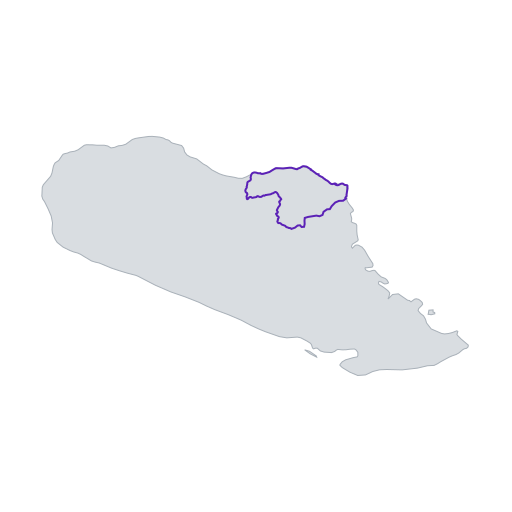 location of Melaky within Madagascar, rotated 94°
{"feature_id": "MDG-5876", "entity_name": "Melaky", "entity_type": "Autonomous Province", "adm_level": 1, "iso_a3": "MDG", "parent_name": "Madagascar", "parent_adm1": "", "projection": "orthographic", "projection_center": [44.925, -17.742], "detail": "fine", "context": "in_parent", "style": "outline", "palette": "violet", "viewbox_px": 512, "rotation_deg": 94, "n_neighbors": 0, "source": "natural_earth", "source_scale": "10m", "svg_char_len": 7247}
<svg xmlns="http://www.w3.org/2000/svg" viewBox="0 0 512 512"><g transform="rotate(94 256 256)"><path d="M340.4,49.7L341.8,53.1L343.5,56.4L348.6,64.4L350.8,67.4L352.7,70.7L353.5,77.2L356.6,87.2L359.4,102.3L360.1,117.7L360.9,124.8L363.1,131.5L367.0,138.5L368.1,146.2L365.4,154.1L361.7,161.4L360.8,162.8L359.1,164.7L358.3,164.6L355.5,162.6L353.3,159.3L350.6,151.9L349.6,148.1L348.4,147.4L344.9,147.7L342.4,150.0L341.9,151.4L342.4,155.6L343.2,159.4L343.6,163.2L343.5,168.0L344.4,169.5L345.7,170.8L347.1,173.9L347.1,181.4L346.2,185.2L343.7,188.4L343.8,190.2L344.6,192.1L343.8,193.2L340.5,194.5L339.2,195.7L337.4,199.0L334.5,205.6L334.0,209.1L335.5,219.6L334.8,227.0L330.9,241.2L328.7,247.9L325.7,255.9L321.0,266.4L316.4,279.7L312.4,293.3L309.5,301.5L306.2,309.6L301.7,323.9L297.8,338.4L292.2,354.3L284.5,372.1L283.7,374.4L282.0,383.5L280.2,391.4L278.2,399.2L273.9,412.0L273.3,416.0L272.4,419.8L268.3,427.9L266.7,430.8L265.5,434.0L264.7,438.1L263.5,442.0L260.6,449.1L256.3,455.3L253.4,457.5L247.2,460.7L244.0,461.3L237.1,461.3L230.4,463.1L223.4,466.7L216.6,470.7L214.1,472.7L211.2,473.8L202.3,474.0L199.7,473.1L190.8,466.4L187.4,465.3L180.8,464.4L178.9,463.8L177.1,462.9L174.4,459.4L169.2,456.4L167.9,455.5L167.1,453.5L166.5,451.3L165.2,448.8L164.1,444.1L162.4,440.8L157.5,435.0L156.9,433.1L156.5,427.0L156.6,422.8L156.1,415.1L156.6,411.5L158.3,408.2L157.5,404.7L155.7,401.0L155.0,397.2L153.6,393.7L148.4,387.5L147.1,384.4L146.3,381.2L144.2,371.2L143.9,367.7L144.1,360.4L144.8,356.6L146.1,353.9L146.3,352.0L147.1,350.3L148.4,348.9L149.2,347.3L151.0,337.9L153.5,335.7L157.1,334.5L160.0,332.0L161.7,328.7L163.3,321.9L167.9,315.0L169.5,311.4L173.2,306.0L176.5,298.4L177.5,294.8L178.2,291.1L179.0,283.1L179.7,279.1L179.5,275.1L177.6,271.0L173.0,263.6L172.9,262.3L173.2,256.7L172.8,252.8L171.1,248.8L168.9,245.1L166.8,238.1L165.7,226.5L165.9,222.4L165.3,218.6L163.7,215.1L164.8,208.9L178.4,186.5L178.9,183.8L178.3,177.0L178.6,173.0L179.1,171.6L180.1,170.7L182.5,170.3L193.6,169.3L195.1,168.6L197.8,166.7L201.7,163.1L203.4,162.0L204.9,162.4L205.9,164.0L207.1,164.8L211.7,163.2L213.4,163.1L215.2,163.4L216.0,161.9L216.5,159.9L217.1,158.4L218.4,157.6L224.2,157.2L227.9,156.6L232.7,155.2L233.7,155.5L237.5,160.7L238.7,161.1L240.2,161.4L241.5,160.4L238.4,157.7L238.0,156.2L238.1,154.5L239.8,150.8L242.7,148.0L249.0,143.8L255.5,138.9L257.4,138.6L259.0,139.4L260.1,145.2L260.0,146.2L261.0,146.3L262.2,145.6L263.3,143.3L263.4,141.3L262.6,139.5L262.1,137.9L262.1,136.4L265.5,133.0L268.1,129.7L269.3,125.8L270.4,124.0L273.1,122.0L274.0,122.4L274.6,124.0L274.9,125.8L274.2,127.5L273.2,129.2L272.7,131.5L274.3,132.0L275.7,131.5L277.9,127.3L280.4,123.4L281.9,121.4L283.7,120.0L286.7,120.4L289.7,121.3L284.9,117.1L283.8,111.4L289.6,101.6L289.7,99.6L290.5,99.0L290.9,98.2L288.0,94.8L287.5,93.2L287.9,90.7L289.4,88.5L290.7,87.0L292.5,86.4L293.9,87.3L297.1,90.1L299.2,90.5L301.9,87.9L304.0,84.7L307.3,82.5L310.9,81.2L316.5,76.2L320.3,65.5L320.6,62.4L319.9,58.6L318.7,54.9L316.6,50.4L317.2,49.4L320.2,50.1L321.2,49.4L324.6,45.5L330.1,38.0L331.9,38.1L333.4,39.5L334.0,41.6L335.0,43.2L338.6,46.9L340.4,49.7ZM302.1,79.0L302.2,80.2L298.0,79.7L297.4,75.6L299.5,75.5L299.9,73.8L301.2,73.6L302.4,77.3L302.1,79.0ZM349.8,195.1L346.2,200.9L347.3,196.0L351.5,188.9L352.7,188.4L349.8,195.1Z" fill="#d9dde1" stroke="#a8b0b8" stroke-width="1"/><path d="M174.1,265.9L173.4,265.1L172.9,264.1L172.7,263.0L172.9,261.1L173.3,260.1L173.3,258.1L173.1,257.7L173.1,257.4L173.4,257.1L173.5,257.0L173.7,256.1L173.7,255.8L173.6,254.8L172.8,252.5L171.3,248.5L169.1,245.5L167.1,242.6L166.9,241.6L166.8,235.1L165.6,228.8L165.5,226.7L166.4,222.7L166.6,221.2L166.4,220.7L165.7,220.0L165.2,218.6L163.3,215.8L163.1,215.0L163.1,214.0L163.3,212.0L163.7,211.0L165.2,208.4L165.8,207.1L166.0,207.0L166.3,207.2L166.5,206.9L166.8,206.0L169.2,202.3L169.7,201.7L169.9,201.3L170.0,200.8L170.1,199.3L171.0,199.3L171.7,198.0L172.8,195.2L173.0,194.9L173.8,194.0L174.0,193.7L174.2,193.0L174.5,192.7L175.0,192.1L175.3,191.5L175.9,190.1L176.7,188.9L177.8,187.7L178.7,186.4L179.0,185.0L178.8,184.3L178.3,182.9L178.1,182.3L178.3,181.5L178.6,181.1L179.0,181.3L179.0,182.1L179.5,181.2L179.7,180.3L179.7,179.4L179.4,178.5L178.2,176.7L177.8,175.8L177.7,174.7L177.8,174.3L178.1,173.8L178.3,173.4L178.6,173.1L178.9,172.7L178.9,172.3L179.0,170.5L179.1,170.0L179.4,169.7L179.9,169.6L180.9,169.6L182.0,169.4L188.8,170.0L189.7,169.8L190.0,169.9L190.8,170.5L191.3,170.8L191.9,171.0L192.3,170.8L192.6,170.4L194.8,173.0L195.2,177.0L197.1,180.7L201.0,184.0L204.1,185.6L204.5,188.4L207.2,191.7L210.4,192.5L211.9,195.4L211.5,198.6L213.4,206.8L214.6,210.0L217.3,210.1L220.8,209.7L223.5,210.1L223.9,212.5L222.3,214.2L222.7,216.6L225.0,219.1L226.5,222.6L226.2,222.9L226.0,223.2L225.9,223.5L225.8,223.9L225.7,224.2L225.8,224.8L225.8,225.1L225.7,225.4L225.2,226.6L225.2,226.9L225.1,227.5L225.0,227.8L224.1,228.7L223.9,228.9L223.7,229.5L223.2,231.1L223.1,231.7L223.0,232.0L222.9,232.3L222.7,232.6L221.9,233.5L221.7,233.9L221.6,234.2L221.5,234.6L221.6,235.7L221.6,236.0L221.4,236.3L220.2,237.1L219.9,237.1L218.7,236.7L218.3,236.6L218.0,236.7L217.8,236.8L217.6,236.8L217.4,236.7L217.1,236.5L216.8,236.3L216.5,236.1L216.0,236.0L215.7,236.1L215.4,236.2L215.0,236.7L214.8,236.9L214.7,237.2L214.6,237.5L214.2,238.0L213.6,238.1L213.4,238.3L213.2,238.5L212.9,238.8L212.6,238.9L212.4,238.9L212.2,238.6L212.0,238.4L211.9,238.1L211.7,237.8L211.5,237.6L210.9,237.3L210.5,237.3L210.3,237.4L210.2,237.6L210.0,237.8L209.3,238.2L208.9,238.4L208.5,238.3L205.7,237.1L205.4,236.9L204.9,236.5L204.6,236.3L204.2,236.0L203.4,235.7L203.0,235.6L202.5,235.6L201.4,236.2L200.8,236.5L200.4,236.7L200.1,236.6L199.8,236.4L199.6,236.1L199.3,235.8L198.3,235.4L197.6,234.8L197.3,234.9L197.1,235.1L196.9,235.3L196.5,235.6L196.3,235.8L195.9,236.2L195.5,236.6L195.3,236.9L195.1,237.2L194.8,237.5L194.4,237.7L193.7,237.9L192.9,238.4L191.6,239.4L191.4,239.7L190.9,240.5L190.8,240.8L190.8,241.1L190.9,241.4L191.0,241.6L192.1,243.2L192.3,243.5L192.4,244.1L192.6,244.4L193.3,245.5L193.4,245.8L193.5,246.1L194.2,249.2L194.4,249.7L194.4,250.4L194.5,250.7L194.7,251.0L195.1,251.5L195.2,251.8L195.3,252.1L195.1,252.5L195.2,252.8L195.6,253.7L196.2,254.3L196.4,254.5L196.5,254.6L196.6,254.9L196.8,256.0L196.8,256.5L196.7,256.9L196.4,257.7L196.2,258.1L196.2,258.5L196.2,258.8L196.4,259.1L196.5,259.2L196.7,259.3L196.9,259.4L197.1,259.6L197.2,259.9L197.3,260.3L197.5,260.9L197.8,262.4L197.9,262.7L198.1,263.1L198.2,263.4L198.2,263.8L198.1,264.3L197.9,264.7L197.5,265.2L197.5,265.6L197.5,265.9L197.6,266.2L197.8,266.6L198.0,266.8L198.2,267.0L199.5,268.0L199.8,268.2L199.9,268.5L199.9,268.8L199.7,269.0L199.4,269.2L198.8,269.2L198.1,269.3L197.6,269.6L197.3,269.6L197.0,269.5L196.7,269.4L195.9,269.2L195.3,269.0L195.0,268.9L194.6,269.0L194.3,269.2L193.8,269.4L193.6,269.8L193.3,270.3L192.9,270.7L192.6,270.9L191.5,271.2L191.2,271.2L190.8,271.1L190.1,270.9L189.8,270.8L189.3,270.4L188.3,270.0L188.0,270.0L187.4,270.2L187.2,270.1L186.6,269.9L186.1,269.9L185.7,269.9L185.1,269.7L184.2,269.8L183.8,269.8L183.1,269.6L182.8,269.5L182.6,269.3L181.3,267.4L180.9,266.9L180.7,266.8L180.5,266.7L180.3,266.6L180.0,266.5L179.7,266.5L179.3,266.5L179.0,266.6L178.3,266.8L178.0,266.9L177.7,266.8L177.1,266.7L176.0,266.6L174.7,266.1L174.1,265.9L174.1,265.9Z" fill="none" stroke="#5b21b6" stroke-width="2"/></g></svg>